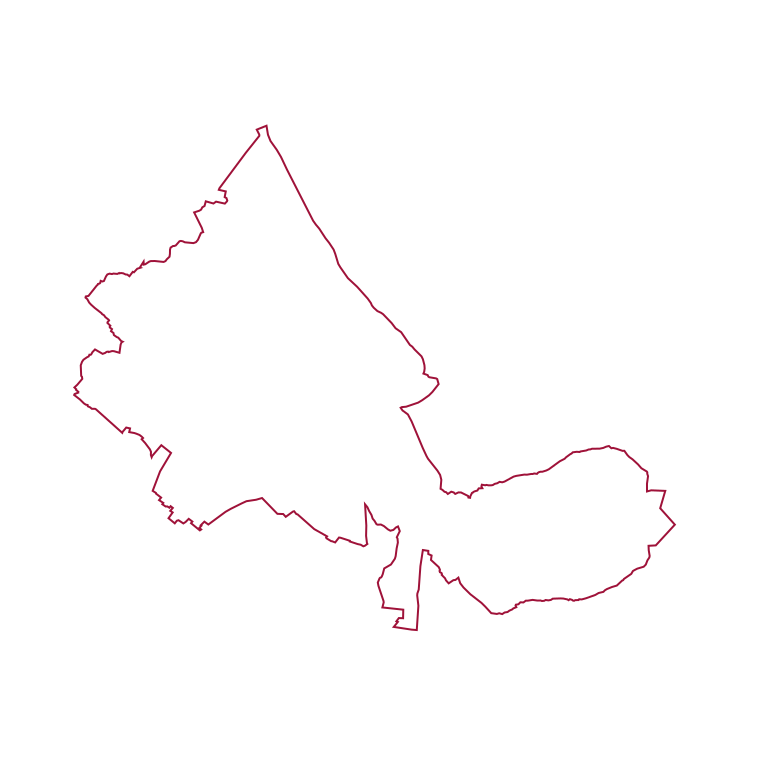 Tlaxcala, Tlaxcala, Mexico (Robinson projection), rotated 98°
{"feature_id": "50627088B5718128794016", "entity_name": "Tlaxcala", "entity_type": "district", "adm_level": 2, "iso_a3": "MEX", "parent_name": "Mexico", "parent_adm1": "Tlaxcala", "projection": "robinson", "projection_center": [-98.23, 19.317], "detail": "fine", "context": "isolated", "style": "outline", "palette": "rose", "viewbox_px": 768, "rotation_deg": 98, "n_neighbors": 0, "source": "geoboundaries", "source_scale": "gbopen_adm2", "svg_char_len": 6154}
<svg xmlns="http://www.w3.org/2000/svg" viewBox="0 0 768 768"><g transform="rotate(98 384 384)"><path d="M506.0,92.4L482.8,76.4L468.6,93.2L450.7,90.6L452.1,104.6L453.8,108.6L446.1,109.7L438.5,109.7L436.3,110.8L434.8,111.0L434.1,111.6L431.6,117.4L428.3,121.2L424.0,127.4L422.2,130.9L420.5,133.1L416.7,136.7L417.0,138.5L415.8,144.6L415.4,148.3L416.0,149.9L414.1,152.6L415.1,155.2L416.8,158.0L418.0,161.4L419.2,169.1L420.0,170.5L420.4,172.3L421.7,174.5L423.5,180.2L424.1,180.7L424.3,183.7L425.4,187.6L426.9,188.7L427.3,189.5L431.2,193.5L432.9,194.7L436.0,199.1L445.5,208.9L447.1,211.3L448.8,214.9L449.1,216.8L449.7,218.2L450.6,219.3L451.7,220.0L451.7,222.8L452.4,224.2L452.6,225.7L453.9,229.8L454.2,232.5L456.6,240.3L457.7,242.8L463.9,251.1L464.9,253.3L464.8,255.9L466.5,258.0L467.5,260.5L468.8,262.0L469.3,263.2L469.8,266.1L469.7,268.7L470.2,269.6L470.1,273.1L471.7,273.3L473.5,272.1L474.2,275.7L476.5,276.7L477.7,279.3L478.5,280.5L479.3,281.0L479.6,281.7L483.2,282.9L484.7,282.9L484.7,284.6L483.2,285.1L480.7,292.6L481.0,295.2L482.9,298.1L482.8,298.5L481.7,299.8L481.3,302.4L484.0,305.5L482.5,307.4L482.3,309.1L480.7,311.4L479.9,313.4L470.9,313.9L466.2,315.8L462.3,319.1L451.9,330.0L449.4,331.9L442.0,336.7L417.3,351.4L410.8,356.1L407.6,362.0L405.2,364.2L404.4,363.1L403.4,358.9L397.7,347.6L394.8,344.0L389.0,337.9L385.2,335.0L376.5,329.9L371.7,332.0L371.2,333.2L371.0,340.1L370.5,341.1L369.1,342.0L368.2,346.4L366.3,345.9L362.9,345.9L359.7,346.6L354.1,348.9L351.4,350.7L345.5,358.6L343.1,361.2L341.7,363.8L330.3,374.2L327.2,380.3L322.6,384.9L315.0,394.6L313.9,396.8L312.7,400.7L309.9,404.8L307.9,406.9L305.6,408.3L301.6,412.1L291.4,424.2L284.2,434.5L274.5,443.5L271.4,446.0L261.9,450.4L257.9,452.6L251.8,458.0L247.8,462.2L239.1,469.8L235.7,473.6L232.2,476.9L185.2,509.9L173.5,517.6L167.0,522.8L159.2,530.2L153.3,533.6L144.6,536.3L149.8,545.4L154.4,542.2L155.6,542.0L174.4,553.1L213.0,574.2L214.7,574.6L215.3,567.5L221.1,567.8L221.8,565.9L224.2,564.7L225.1,565.0L227.5,566.7L226.8,575.7L229.0,578.0L227.9,585.9L232.7,586.5L234.3,588.5L236.8,589.4L238.1,591.0L240.5,595.9L254.7,586.2L258.8,584.2L259.6,585.9L260.3,586.4L267.1,588.3L269.7,589.9L271.0,592.3L271.4,600.9L270.7,603.1L270.6,605.0L271.1,606.4L275.8,609.5L276.6,611.1L276.7,612.1L278.6,614.3L280.8,614.6L284.9,614.1L287.8,614.1L290.8,616.5L292.7,617.5L293.8,619.2L294.1,628.0L294.7,631.9L295.4,633.4L298.6,637.0L299.2,638.5L296.3,639.1L302.3,641.8L302.7,641.9L302.8,641.5L304.2,644.4L308.2,647.2L307.9,648.4L312.7,651.1L311.4,653.4L311.5,655.1L310.7,657.6L310.7,659.8L311.3,661.5L311.0,661.8L312.1,663.4L312.3,667.3L313.0,668.7L312.9,671.1L314.0,673.2L316.2,674.3L321.0,675.7L321.7,677.2L321.3,678.9L323.4,679.1L324.1,679.7L324.8,681.2L325.7,681.4L326.4,682.1L337.9,688.9L338.8,691.5L340.0,691.6L341.3,689.6L344.4,687.3L346.2,685.1L348.9,681.1L353.2,673.6L354.0,672.9L354.9,670.8L356.6,669.2L358.7,665.6L359.3,665.1L361.3,666.4L362.0,666.4L364.4,663.1L365.2,663.6L366.2,663.4L367.5,661.0L369.7,661.7L371.1,659.0L373.1,658.3L374.7,655.2L375.1,653.6L378.0,650.3L378.5,648.7L379.3,649.7L381.6,650.3L389.9,650.3L389.1,655.9L389.2,657.8L390.7,661.1L390.3,661.7L390.8,663.2L392.0,664.4L393.3,666.8L390.0,675.0L393.1,677.2L395.5,678.1L396.0,678.9L396.0,679.8L397.8,680.3L398.9,681.9L401.8,685.0L404.0,686.1L407.7,686.9L418.1,685.0L418.9,684.1L420.9,683.5L427.4,687.6L430.5,690.1L432.0,688.1L432.6,688.2L434.1,685.9L434.3,686.1L435.1,685.6L437.0,689.0L438.0,689.3L441.6,683.0L445.0,678.4L446.0,676.3L446.0,674.6L447.3,674.2L448.0,671.8L449.2,669.9L448.8,666.6L449.1,665.8L468.8,636.4L467.8,636.2L463.0,633.2L463.3,629.3L467.1,629.6L467.3,624.4L467.7,622.2L468.5,619.0L469.8,616.7L471.0,615.1L472.4,616.3L475.6,612.4L481.3,606.7L483.6,605.3L486.7,605.0L488.8,603.9L487.6,603.6L475.6,596.0L481.9,585.3L501.7,593.6L522.0,598.2L523.6,594.7L524.3,594.5L527.5,588.9L530.3,590.6L532.5,586.0L533.9,586.8L535.7,583.2L535.4,581.5L536.4,579.3L534.7,578.3L536.1,575.9L539.4,578.0L540.6,575.4L546.9,578.7L551.1,571.8L548.2,570.1L547.5,568.5L550.0,563.3L548.3,561.3L544.7,558.6L546.9,554.6L548.7,555.7L554.6,546.0L553.5,544.8L552.2,546.8L549.8,545.1L549.4,545.8L545.3,542.7L547.6,538.4L532.6,523.1L528.9,518.3L522.1,508.4L519.2,503.9L516.4,494.5L513.9,488.9L527.4,471.5L526.8,465.7L529.2,462.8L523.0,456.4L522.5,455.3L525.0,452.7L525.1,451.5L537.4,432.9L542.7,419.5L542.8,419.2L544.0,420.0L544.8,419.5L547.0,414.4L546.9,413.7L547.7,410.3L542.3,407.2L542.3,405.7L544.0,396.0L544.7,396.0L546.2,387.7L546.4,384.7L547.6,381.9L546.9,380.5L544.7,378.2L543.7,378.8L536.9,380.6L526.7,381.8L505.8,386.0L508.3,383.3L511.9,381.0L515.4,378.2L518.9,376.5L520.8,374.4L523.9,371.9L524.2,370.7L523.6,367.5L524.7,364.3L527.4,359.9L528.4,357.3L527.2,354.4L524.4,352.2L523.1,350.3L527.5,347.9L534.0,350.0L535.2,349.1L539.1,348.2L544.9,348.6L552.9,348.5L555.5,348.9L561.8,352.0L566.6,358.1L572.6,358.8L574.9,359.4L575.9,359.9L576.5,361.0L577.2,361.4L581.5,362.5L584.7,361.4L598.9,354.3L600.3,353.9L605.5,354.5L604.8,333.5L613.3,332.5L613.7,336.7L617.3,338.7L617.7,337.2L623.2,340.5L623.4,322.5L623.1,317.3L598.8,319.1L588.7,321.7L586.8,321.8L582.7,321.0L559.4,322.6L543.0,322.4L543.1,316.9L546.2,316.5L547.2,313.0L551.7,313.0L557.7,304.3L559.9,302.9L560.4,302.7L561.4,303.0L562.6,302.4L563.1,300.8L564.3,300.1L565.0,300.3L567.9,296.5L569.8,295.3L572.4,292.2L568.6,288.0L568.1,286.0L565.4,283.4L570.7,280.8L574.5,276.9L580.2,269.2L587.2,257.0L590.4,252.7L596.0,245.9L596.0,240.2L595.0,238.0L595.4,234.9L593.5,232.8L592.6,229.9L591.0,228.3L589.4,225.7L588.2,224.7L586.6,221.9L585.1,222.9L584.2,222.7L583.4,220.2L581.2,218.6L580.9,215.5L578.8,213.4L578.5,211.3L577.1,206.8L577.1,202.0L576.6,198.9L576.9,197.4L576.4,195.2L575.4,193.9L575.4,191.1L574.6,188.7L573.1,187.0L571.8,179.6L571.5,176.6L571.8,172.4L572.4,171.1L571.2,170.0L571.6,167.7L572.2,166.7L572.2,165.6L571.4,164.5L570.9,161.3L570.0,160.8L569.8,158.2L568.1,154.2L563.5,145.4L561.1,142.4L559.3,137.8L557.6,136.6L556.1,134.8L553.3,130.0L551.2,125.4L545.5,120.8L545.0,119.9L543.6,119.2L537.6,112.7L534.6,111.5L533.7,110.4L531.6,107.5L528.8,101.4L526.4,99.6L522.0,98.6L518.9,97.1L517.3,97.0L511.8,98.7L507.4,99.5L506.0,92.4Z" fill="none" stroke="#9f1239" stroke-width="2"/></g></svg>